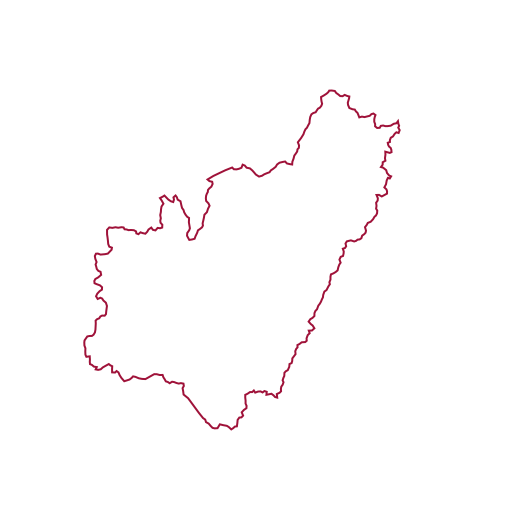 Valença, Rio de Janeiro, Brazil (orthographic projection), rotated 138°
{"feature_id": "56859067B36198843973631", "entity_name": "Valença", "entity_type": "district", "adm_level": 2, "iso_a3": "BRA", "parent_name": "Brazil", "parent_adm1": "Rio de Janeiro", "projection": "orthographic", "projection_center": [-43.878, -22.233], "detail": "fine", "context": "isolated", "style": "outline", "palette": "rose", "viewbox_px": 512, "rotation_deg": 138, "n_neighbors": 0, "source": "geoboundaries", "source_scale": "gbopen_adm2", "svg_char_len": 6096}
<svg xmlns="http://www.w3.org/2000/svg" viewBox="0 0 512 512"><g transform="rotate(138 256 256)"><path d="M60.3,261.2L62.8,260.7L65.2,262.1L68.7,262.7L71.2,264.4L73.1,266.1L74.2,267.9L76.2,269.2L78.3,268.5L80.3,270.1L80.7,272.7L79.2,274.3L78.3,276.6L76.5,278.6L74.8,279.8L72.9,280.8L73.4,283.3L75.3,284.2L77.7,284.1L80.1,285.4L82.4,286.6L84.0,288.7L86.5,289.9L85.5,292.5L84.8,294.5L85.0,296.7L84.6,298.7L86.1,300.5L87.6,303.5L86.5,306.7L85.2,308.5L83.1,309.8L81.3,310.9L79.9,312.1L81.1,313.8L82.3,316.4L84.7,316.8L86.4,318.5L86.7,320.8L87.3,323.5L87.0,325.9L89.0,328.3L90.9,329.9L92.7,329.4L95.0,329.4L98.1,329.9L101.3,330.6L102.7,328.8L104.0,326.8L105.0,324.9L106.9,323.9L109.3,323.5L111.3,324.0L113.4,323.5L115.5,322.9L117.7,323.9L120.0,324.2L122.7,323.0L125.0,321.2L127.4,319.0L129.8,318.2L132.4,317.2L134.4,317.1L136.8,316.1L139.3,314.7L143.5,313.5L148.8,312.5L150.0,309.4L151.8,307.7L153.8,307.5L155.5,306.1L158.2,305.4L160.3,305.0L163.0,303.2L165.9,301.7L167.9,299.8L169.5,301.8L171.1,304.1L171.1,306.7L173.0,307.9L176.1,309.6L179.1,309.9L181.7,309.1L185.0,309.3L187.7,309.7L189.9,309.2L192.4,310.2L195.2,311.2L197.8,311.6L200.6,313.0L201.6,316.6L201.5,319.7L201.5,322.1L201.9,325.2L203.9,327.9L203.8,330.7L204.8,332.8L207.8,331.3L210.5,332.3L212.5,333.4L214.4,335.3L214.5,337.7L221.3,340.2L226.3,341.7L234.1,344.0L240.8,345.3L240.5,342.8L238.9,340.5L240.0,338.6L242.8,337.4L245.6,337.5L247.5,337.2L249.0,335.8L250.8,335.2L252.7,334.2L254.6,332.5L256.2,330.3L256.1,326.9L256.9,324.4L259.9,323.3L263.2,321.4L266.7,321.2L269.1,319.3L271.6,317.5L273.8,316.0L275.1,314.1L277.0,313.4L279.8,313.6L282.0,313.9L284.0,312.7L285.9,311.9L287.7,311.2L290.1,309.9L292.5,311.1L294.8,312.6L294.3,314.8L293.7,317.2L291.7,319.1L288.5,319.8L286.6,320.8L283.3,326.0L281.7,327.6L280.3,329.1L280.9,331.1L280.7,333.9L280.1,336.6L279.1,338.6L278.8,341.2L277.5,343.7L275.5,347.2L276.5,350.3L275.5,352.6L275.3,354.8L278.1,354.8L279.2,352.8L281.4,351.5L282.6,353.5L283.4,356.7L283.6,362.2L285.6,362.5L288.6,363.3L289.0,360.2L289.8,356.8L293.1,356.0L295.4,354.2L297.2,352.4L299.8,350.5L301.5,347.7L303.5,346.3L304.7,344.6L304.7,341.9L306.7,339.9L308.7,340.8L310.3,342.7L313.6,342.3L315.1,344.4L314.8,347.2L318.2,347.6L320.6,346.8L323.3,346.6L325.0,349.0L326.0,350.9L328.8,350.9L329.8,352.9L328.7,354.5L329.5,356.9L331.4,358.9L333.5,360.6L334.4,362.3L335.8,363.8L335.3,365.8L336.7,367.4L339.5,369.2L341.2,371.4L343.9,373.0L345.9,375.4L349.2,375.1L350.8,373.3L352.3,371.6L353.8,369.3L355.7,366.6L357.8,363.8L358.8,361.1L357.5,358.6L359.1,357.3L361.9,357.1L364.5,356.9L367.0,358.4L370.6,361.1L371.9,363.6L373.4,364.8L375.8,363.8L377.3,361.4L378.5,358.2L380.9,357.0L381.9,354.9L383.0,352.9L383.1,350.4L382.1,348.3L383.7,345.6L387.6,345.7L390.8,346.4L392.9,345.6L394.2,343.8L393.4,342.0L391.6,338.6L391.3,335.8L393.0,334.1L395.8,334.5L399.2,334.2L401.8,333.1L402.4,330.0L399.6,329.1L398.8,327.3L399.2,325.0L398.8,321.8L400.2,318.6L404.2,315.2L406.4,313.2L408.4,312.9L410.2,314.7L412.1,315.2L414.2,314.6L416.4,315.4L418.4,315.3L420.3,313.0L422.1,311.2L424.6,308.7L426.8,307.0L429.4,306.2L431.4,306.4L433.3,308.0L435.2,309.1L437.8,308.5L439.9,308.0L441.4,306.7L443.4,304.3L444.5,301.6L446.9,299.1L448.8,296.8L449.5,294.6L446.7,292.7L448.6,290.3L450.4,288.5L451.7,286.7L450.8,284.9L450.5,282.3L448.7,280.0L451.0,279.0L449.5,277.0L447.2,275.7L444.3,275.7L440.7,274.9L437.7,274.2L437.4,272.2L436.6,270.3L438.7,268.2L440.8,265.8L438.7,263.7L436.6,263.8L436.1,261.5L437.1,258.6L437.6,255.5L437.7,251.1L435.3,250.0L432.6,248.8L430.1,248.6L427.9,248.8L426.5,246.9L424.9,243.5L423.0,241.0L420.5,238.5L410.7,236.3L408.8,234.5L407.2,232.0L405.0,230.1L406.0,227.8L406.3,225.7L406.9,223.2L405.8,221.3L405.3,219.2L402.5,218.7L401.2,217.1L400.1,214.9L398.8,212.9L396.9,211.8L395.3,209.7L396.6,207.7L399.0,206.9L400.5,204.4L402.5,201.5L402.1,198.9L401.6,195.8L403.4,177.7L403.8,171.0L403.2,168.4L404.3,166.0L403.3,163.1L403.4,160.1L403.3,157.4L402.0,155.5L399.8,153.8L395.5,155.1L393.6,152.3L391.3,149.3L390.7,147.2L390.4,143.7L388.0,143.3L385.9,143.4L384.2,142.2L381.8,144.2L379.3,146.5L376.5,147.1L374.8,145.8L372.4,146.0L371.2,149.4L367.9,149.7L365.0,149.3L363.3,150.9L362.5,153.3L360.5,155.5L358.8,157.9L356.9,160.0L354.5,159.3L351.5,158.9L349.8,157.4L347.6,157.5L348.0,155.0L345.2,153.9L343.2,152.3L342.4,150.2L340.1,150.0L338.9,147.9L341.1,145.9L338.6,144.4L336.7,143.3L336.2,140.7L336.2,138.5L335.0,136.6L332.9,139.5L330.0,138.6L327.9,138.7L326.4,140.6L324.6,142.0L322.3,142.5L320.0,143.8L319.4,145.8L317.2,147.1L315.3,147.9L313.0,150.2L311.0,150.4L308.8,149.9L305.4,151.4L303.4,153.3L301.2,152.6L299.4,153.7L297.5,155.6L294.9,156.1L292.3,156.6L290.5,159.0L288.2,160.1L286.3,160.3L284.8,162.1L282.6,161.5L279.8,161.3L277.0,159.1L275.0,159.1L273.5,161.0L270.5,162.6L267.8,162.7L266.7,165.2L264.3,163.2L261.0,163.2L260.4,166.5L260.8,168.6L260.8,172.0L257.9,172.7L255.5,172.2L252.8,172.3L250.8,174.4L248.7,175.4L246.3,175.6L242.9,177.4L240.6,177.8L238.2,178.6L236.0,179.7L233.9,180.5L232.1,182.1L229.0,183.8L226.4,183.5L222.5,185.0L220.0,185.6L219.0,187.4L216.5,188.6L214.5,190.8L212.6,192.2L210.1,191.3L207.6,190.8L205.0,190.7L202.3,192.6L199.8,193.9L197.6,194.4L196.4,197.5L193.6,198.7L191.3,197.8L189.3,199.2L187.8,200.6L186.6,203.3L184.5,202.4L182.5,202.9L181.1,205.4L178.7,206.1L176.8,205.1L175.0,204.1L173.3,201.1L171.5,200.3L169.6,200.2L167.9,199.0L165.8,198.7L163.5,200.1L160.9,199.8L159.0,200.0L157.3,201.2L155.7,204.5L152.9,205.0L150.8,205.8L147.9,204.7L144.4,205.0L141.6,205.9L139.8,205.8L137.5,206.7L135.5,208.6L135.1,210.8L132.9,212.6L131.1,215.2L128.5,215.8L126.8,217.4L125.6,220.7L123.7,219.1L122.7,216.1L119.4,215.3L116.9,214.7L115.3,216.4L114.5,218.2L114.7,221.1L111.4,222.3L108.3,224.7L105.7,225.8L104.7,224.1L102.3,224.8L103.2,226.6L103.1,230.0L101.8,232.7L102.4,236.5L103.6,238.5L100.8,239.1L99.1,240.9L96.1,240.2L94.7,242.4L92.0,244.7L90.1,247.0L87.6,243.1L85.8,242.5L84.4,244.3L83.6,246.2L83.9,248.3L83.4,250.2L82.3,252.0L80.2,251.1L78.9,252.6L76.7,253.7L74.2,253.2L71.2,254.0L68.9,254.0L67.7,252.0L65.0,253.4L64.4,256.2L62.5,257.0L61.8,258.9L60.3,261.2Z" fill="none" stroke="#9f1239" stroke-width="2"/></g></svg>